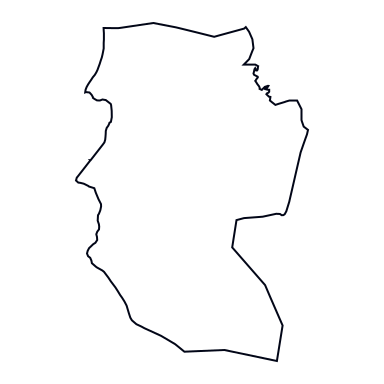 Al Matammah, Al Jawf, Yemen
{"feature_id": "15242507B78310888001164", "entity_name": "Al Matammah", "entity_type": "district", "adm_level": 2, "iso_a3": "YEM", "parent_name": "Yemen", "parent_adm1": "Al Jawf", "projection": "orthographic", "projection_center": [44.392, 16.198], "detail": "fine", "context": "isolated", "style": "outline", "palette": "ink", "viewbox_px": 384, "rotation_deg": 0, "n_neighbors": 0, "source": "geoboundaries", "source_scale": "gbopen_adm2", "svg_char_len": 3005}
<svg xmlns="http://www.w3.org/2000/svg" viewBox="0 0 384 384"><path d="M103.6,28.0L103.7,30.4L103.9,33.2L103.9,36.2L103.9,39.6L103.7,42.9L103.7,45.7L103.7,48.5L103.1,51.6L102.5,54.6L101.8,57.5L100.8,60.4L99.7,63.9L98.7,66.6L97.5,69.9L96.3,72.4L94.8,74.9L92.8,77.3L91.2,79.8L89.6,82.1L88.1,84.4L86.6,87.1L85.6,89.7L85.2,92.4L86.0,92.1L89.5,92.5L91.6,94.8L92.9,97.1L92.9,97.8L94.4,98.9L97.0,100.4L99.9,100.5L102.2,99.6L102.5,99.5L105.3,100.0L105.7,100.0L110.7,103.9L111.1,105.1L111.2,106.0L111.7,110.9L111.8,117.2L110.9,121.9L109.5,122.7L109.5,123.0L108.3,125.7L106.7,127.9L105.8,130.9L105.7,133.9L105.5,136.7L105.2,139.7L104.4,142.4L102.8,144.6L90.7,160.1L90.2,160.1L90.4,160.3L77.6,176.7L76.8,177.6L76.0,180.5L78.3,182.6L80.1,182.8L83.0,183.5L84.0,183.8L88.4,186.0L88.9,186.5L94.3,188.2L95.8,192.7L98.5,199.2L101.0,204.1L101.1,206.4L100.5,209.4L100.2,210.6L98.9,213.8L98.0,215.2L97.7,220.7L98.9,224.2L99.2,226.6L99.0,229.4L97.3,231.6L96.3,234.2L97.0,237.0L97.2,240.0L95.4,242.8L93.2,244.2L90.5,246.8L89.1,248.1L87.7,250.8L87.0,253.5L88.1,256.2L90.2,257.8L91.4,260.6L91.9,263.2L95.9,266.7L97.0,267.5L102.2,270.4L104.0,271.8L106.1,274.6L108.3,277.5L110.8,281.3L115.4,287.4L117.9,291.3L120.2,295.1L122.0,297.6L124.4,301.4L126.6,305.6L128.8,313.0L130.3,317.6L131.3,319.3L131.9,320.3L133.5,321.7L136.4,324.2L141.5,326.6L144.4,328.2L161.0,335.8L175.2,344.2L184.4,351.7L224.4,350.0L276.9,361.0L282.6,325.5L270.1,296.8L265.1,285.1L232.2,247.4L232.3,246.8L236.5,220.1L244.0,218.1L257.5,217.1L262.7,216.7L276.2,213.8L278.6,213.9L280.0,214.0L281.7,215.2L283.4,215.1L284.7,214.2L286.3,211.3L289.3,201.6L289.6,200.2L292.4,188.1L296.4,170.7L300.1,154.7L300.5,152.9L300.7,152.2L302.3,147.6L303.2,145.0L303.9,143.0L305.8,137.6L305.9,137.4L307.0,134.3L308.0,129.9L303.7,126.6L302.1,122.0L301.9,121.4L301.5,120.1L301.5,115.2L301.5,109.2L297.1,100.5L289.5,100.5L286.0,101.5L284.7,102.0L278.4,103.9L275.4,104.9L272.6,102.7L272.2,102.4L269.9,100.5L270.4,97.1L270.4,96.9L269.6,96.8L268.8,96.6L268.6,96.3L267.6,95.4L266.4,94.2L266.8,93.5L266.9,93.4L268.4,92.7L268.7,92.3L269.2,91.7L269.2,89.8L268.9,89.8L268.0,89.7L267.6,89.7L266.4,89.4L266.2,89.3L265.1,89.1L265.1,88.8L265.1,88.5L265.7,88.4L266.1,88.2L267.2,87.7L268.0,86.5L268.4,85.9L268.0,85.8L267.2,86.2L266.9,86.2L264.8,86.9L262.5,89.2L261.8,89.9L260.7,89.4L259.6,88.9L259.7,88.0L259.4,87.1L259.1,86.4L257.2,83.9L256.2,82.2L255.5,81.3L255.3,80.9L255.5,80.7L256.0,79.9L256.6,78.9L257.6,77.7L257.8,77.5L257.8,77.4L257.7,76.7L254.1,74.8L253.8,74.2L253.5,73.5L253.9,72.0L254.5,69.2L255.0,68.5L255.2,68.2L255.3,68.4L255.5,68.6L255.6,68.8L255.6,70.0L255.6,70.3L256.1,70.4L256.6,70.4L256.9,70.5L257.5,69.8L257.6,69.7L257.7,69.1L257.7,68.9L257.8,68.6L258.0,66.5L258.0,66.4L258.1,66.2L255.5,64.7L255.2,64.6L253.8,64.6L243.8,64.6L249.2,59.1L252.1,51.6L253.5,48.2L252.4,39.4L252.3,39.1L249.1,31.8L245.8,27.1L244.1,28.6L219.2,35.4L214.2,36.8L195.8,32.2L179.1,28.1L175.7,27.3L153.3,23.0L120.9,27.8L118.5,28.1L111.2,28.1L103.6,28.0Z" fill="none" stroke="#020617" stroke-width="2"/></svg>